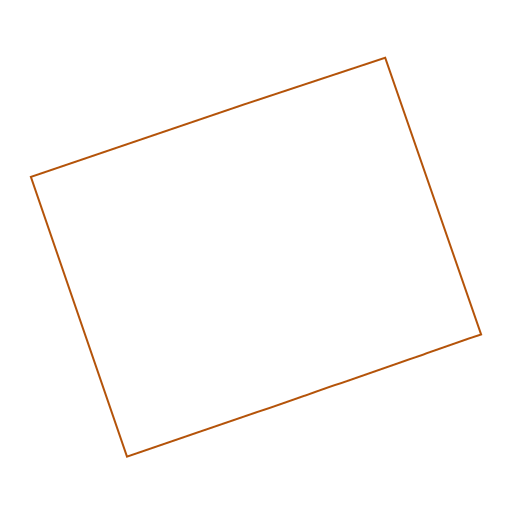 the district of Deuel, South Dakota, United States of America, rotated 71°
{"feature_id": "52423323B13403863294049", "entity_name": "Deuel", "entity_type": "district", "adm_level": 2, "iso_a3": "USA", "parent_name": "United States of America", "parent_adm1": "South Dakota", "projection": "natural_earth1", "projection_center": [-96.521, 44.761], "detail": "fine", "context": "isolated", "style": "outline", "palette": "amber", "viewbox_px": 512, "rotation_deg": 71, "n_neighbors": 0, "source": "geoboundaries", "source_scale": "gbopen_adm2", "svg_char_len": 437}
<svg xmlns="http://www.w3.org/2000/svg" viewBox="0 0 512 512"><g transform="rotate(71 256 256)"><path d="M108.8,218.1L107.9,443.1L403.7,443.3L403.7,442.9L403.8,368.1L403.8,367.6L403.9,305.5L404.1,292.4L403.9,256.0L404.0,254.9L403.8,242.5L403.7,230.1L403.7,228.5L403.7,223.9L403.9,217.2L403.6,144.2L403.7,129.8L403.5,126.4L403.3,81.5L403.5,68.8L403.5,68.7L110.6,69.3L108.8,218.1Z" fill="none" stroke="#b45309" stroke-width="2"/></g></svg>